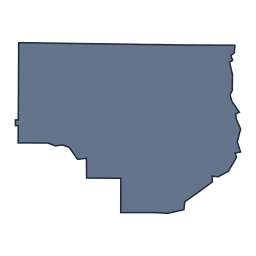 Union, Louisiana, United States of America (orthographic projection)
{"feature_id": "52423323B25529270179074", "entity_name": "Union", "entity_type": "district", "adm_level": 2, "iso_a3": "USA", "parent_name": "United States of America", "parent_adm1": "Louisiana", "projection": "orthographic", "projection_center": [-92.344, 32.798], "detail": "fine", "context": "isolated", "style": "filled", "palette": "slate", "viewbox_px": 256, "rotation_deg": 0, "n_neighbors": 0, "source": "geoboundaries", "source_scale": "gbopen_adm2", "svg_char_len": 738}
<svg xmlns="http://www.w3.org/2000/svg" viewBox="0 0 256 256"><path d="M18.7,42.7L18.3,119.9L15.4,119.9L15.4,125.6L18.2,125.6L18.1,142.9L47.6,143.0L55.2,145.8L62.5,145.0L69.1,147.3L77.6,159.3L86.4,158.3L86.6,178.0L120.8,178.3L120.7,212.6L154.6,212.6L168.0,213.3L183.9,209.7L184.8,201.8L197.4,192.8L212.4,181.9L212.1,176.1L218.1,176.8L228.3,171.3L236.5,157.4L235.0,153.2L240.6,151.9L237.2,142.0L240.6,129.1L236.1,118.7L235.8,113.7L239.4,112.3L232.0,101.6L230.0,94.8L232.3,90.5L232.5,74.5L229.5,62.1L232.7,60.4L230.8,55.5L234.3,52.9L234.9,45.2L184.2,45.0L161.2,44.6L147.0,44.5L138.1,44.4L135.6,44.3L102.8,43.8L92.4,43.7L91.6,43.7L83.0,43.6L23.2,42.7L21.7,42.7L19.1,42.7L18.7,42.7Z" fill="#64748b" stroke="#1e293b" stroke-width="1.5"/></svg>